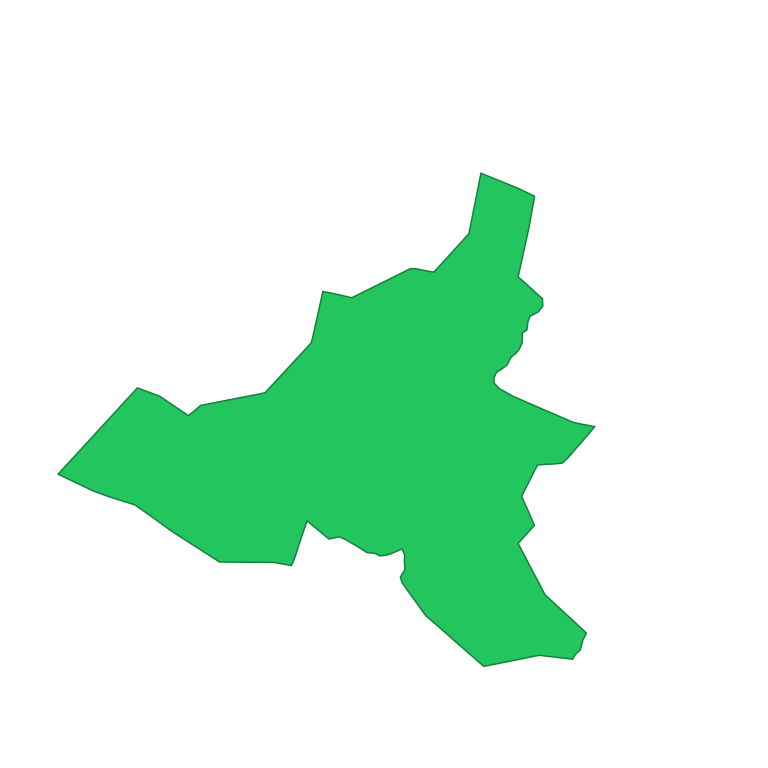 the district of Picos, Piauí, Brazil, rotated 290°
{"feature_id": "56859067B73574767858251", "entity_name": "Picos", "entity_type": "district", "adm_level": 2, "iso_a3": "BRA", "parent_name": "Brazil", "parent_adm1": "Piauí", "projection": "albers", "projection_center": [-41.518, -7.049], "detail": "fine", "context": "isolated", "style": "filled", "palette": "green", "viewbox_px": 768, "rotation_deg": 290, "n_neighbors": 0, "source": "geoboundaries", "source_scale": "gbopen_adm2", "svg_char_len": 1803}
<svg xmlns="http://www.w3.org/2000/svg" viewBox="0 0 768 768"><g transform="rotate(290 384 384)"><path d="M415.9,596.6L415.1,590.5L414.2,585.9L412.7,574.9L414.5,542.6L415.2,532.1L415.7,523.5L416.6,509.8L419.0,494.3L422.6,487.0L427.8,485.2L433.6,485.8L439.3,490.2L444.1,493.2L452.3,494.1L458.5,497.7L463.0,499.2L470.2,499.8L479.3,496.5L483.7,499.8L491.0,498.1L497.5,498.0L504.6,504.4L511.5,506.6L518.3,503.8L520.4,498.7L530.6,473.4L580.4,466.8L611.9,461.3L613.7,443.7L615.2,403.0L584.4,407.8L576.6,408.9L554.4,412.4L530.0,402.4L520.7,398.6L506.2,392.6L505.1,386.8L503.0,373.6L501.3,369.2L494.9,363.1L489.9,358.4L454.0,324.2L452.0,307.2L450.0,294.9L440.5,296.2L404.5,300.9L398.2,301.6L393.2,299.7L335.1,275.2L332.8,271.5L329.1,265.4L314.9,241.8L301.2,219.0L294.8,215.5L287.4,211.0L295.8,177.3L296.0,153.6L187.8,108.6L187.2,113.9L186.4,122.3L184.5,142.6L184.0,147.5L184.0,164.5L185.2,191.2L180.4,209.1L178.0,217.3L172.8,235.6L160.5,290.3L168.0,311.6L170.6,319.0L173.5,326.8L178.7,341.6L181.7,359.0L188.3,359.6L194.1,359.5L203.7,359.1L213.8,358.8L223.5,358.6L229.0,358.6L219.5,385.3L225.0,394.0L224.8,400.3L222.1,415.2L219.7,425.9L221.8,433.6L221.0,438.7L224.2,445.2L227.4,449.2L235.3,457.4L230.3,462.0L224.7,463.7L216.6,467.0L208.2,465.4L203.4,469.0L199.9,474.0L180.5,502.6L171.9,525.2L168.5,533.7L166.8,538.0L165.0,542.8L152.8,574.3L163.3,591.7L182.1,622.5L189.9,655.4L195.4,656.3L201.2,659.4L211.3,658.5L219.2,659.4L236.3,618.8L238.0,614.6L241.0,607.4L250.6,597.0L264.1,582.0L268.7,577.2L271.6,573.9L280.0,564.6L286.4,567.1L302.7,573.7L310.7,566.0L314.7,562.3L319.0,558.0L325.7,551.7L340.8,553.6L351.1,554.8L360.3,556.0L363.7,563.2L365.5,567.6L368.5,574.3L370.7,578.6L376.8,581.8L381.5,583.7L389.5,586.6L394.8,588.8L409.6,594.3L415.9,596.6Z" fill="#22c55e" stroke="#15803d" stroke-width="1.5"/></g></svg>